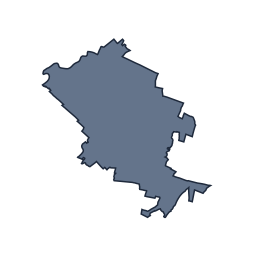 Probota, Iasi, Romania (orthographic projection), rotated 229°
{"feature_id": "2599482B12460610774115", "entity_name": "Probota", "entity_type": "district", "adm_level": 2, "iso_a3": "ROU", "parent_name": "Romania", "parent_adm1": "Iasi", "projection": "orthographic", "projection_center": [27.465, 47.391], "detail": "fine", "context": "isolated", "style": "filled", "palette": "slate", "viewbox_px": 256, "rotation_deg": 229, "n_neighbors": 0, "source": "geoboundaries", "source_scale": "gbopen_adm2", "svg_char_len": 5574}
<svg xmlns="http://www.w3.org/2000/svg" viewBox="0 0 256 256"><g transform="rotate(229 128 128)"><path d="M97.3,83.0L84.1,95.6L83.1,96.3L81.9,97.3L80.5,98.1L79.8,98.7L78.2,99.7L77.0,98.8L75.7,98.1L75.0,97.2L74.0,96.6L71.6,98.5L69.7,99.8L68.5,100.9L68.4,100.9L67.9,100.2L66.9,98.3L65.5,96.1L63.7,97.3L57.4,102.3L58.3,104.0L56.8,105.1L55.0,106.5L54.6,106.4L54.1,106.0L53.9,105.6L53.3,104.3L52.4,102.0L50.5,99.8L50.6,98.3L50.5,97.0L51.4,92.9L51.4,92.7L51.6,92.0L51.8,89.8L52.2,88.4L52.4,88.1L54.0,87.3L55.1,86.4L55.6,86.1L56.5,85.5L57.4,85.1L54.4,81.5L47.7,84.2L47.7,85.7L47.3,87.3L47.8,87.3L48.0,87.4L49.2,88.9L48.8,90.4L48.6,91.4L48.2,92.9L48.1,93.5L47.9,93.4L47.6,93.9L47.1,95.4L46.6,97.6L45.8,99.4L44.8,99.1L44.5,98.9L44.2,98.9L42.7,99.0L41.9,99.3L41.5,99.6L40.4,99.2L38.9,98.9L38.4,98.6L38.0,98.0L37.9,97.1L37.7,96.9L36.8,96.9L36.3,97.2L36.1,97.5L36.2,98.2L36.8,100.0L37.4,103.0L37.5,104.0L37.5,104.6L37.3,105.2L37.1,105.5L37.0,105.8L37.6,106.5L37.9,106.9L37.9,107.2L37.7,108.1L38.0,109.1L38.9,110.9L38.9,111.1L38.8,112.4L38.9,112.7L39.1,113.4L40.5,116.2L41.3,118.2L42.1,120.6L42.7,122.9L43.1,125.7L43.1,127.8L42.9,129.4L42.9,129.8L43.3,131.0L43.3,131.6L43.3,133.0L43.1,133.5L43.2,134.0L43.2,134.8L41.3,133.0L35.1,128.2L33.1,126.1L32.8,126.4L32.4,126.7L30.2,128.1L37.6,137.6L29.5,141.8L29.5,142.2L29.9,143.6L29.9,145.6L30.2,146.3L30.7,147.3L30.9,147.7L30.9,148.8L31.0,149.0L30.8,149.4L30.7,151.3L30.5,152.0L30.4,152.6L31.0,152.2L32.1,151.0L35.1,149.0L37.7,147.0L40.9,144.3L48.7,138.9L49.0,138.3L50.4,137.3L56.7,133.9L57.0,133.6L57.6,133.3L58.4,132.7L59.3,132.2L59.8,131.8L61.1,131.2L62.3,130.6L62.5,131.3L62.6,131.6L63.2,132.5L63.3,132.8L63.3,133.2L63.2,133.3L63.3,134.2L63.3,134.7L63.5,135.5L69.1,133.3L69.3,134.0L74.9,131.5L75.1,131.6L77.2,134.7L77.4,135.3L77.6,137.1L77.7,137.6L80.1,137.7L81.7,137.0L81.5,137.7L81.6,139.2L82.7,140.5L84.0,140.5L84.4,141.0L84.5,141.5L84.3,142.9L83.8,144.1L84.6,145.6L85.1,145.4L84.7,144.5L85.6,144.4L86.5,144.1L86.7,144.4L86.9,144.6L86.9,144.9L86.7,145.0L86.8,145.4L86.0,146.4L85.6,146.6L85.6,146.8L85.5,147.1L85.9,148.4L85.9,148.5L85.7,148.6L85.9,149.3L86.1,149.8L87.2,151.2L87.3,151.6L87.8,152.1L88.5,152.7L88.9,153.5L89.4,153.9L90.0,154.2L90.7,154.4L91.5,154.2L91.9,154.4L92.2,154.5L92.6,155.0L93.3,156.5L93.6,156.9L94.1,157.2L94.8,157.9L94.9,159.4L95.3,160.0L93.1,162.0L93.2,162.5L92.4,162.9L92.2,162.9L91.3,163.8L90.8,163.7L90.6,163.6L89.6,162.4L88.2,161.4L87.5,160.6L86.4,159.7L85.6,158.5L85.3,158.2L80.9,161.0L85.3,167.6L79.3,170.8L81.2,173.4L83.0,176.1L85.1,179.4L85.5,180.1L85.8,180.9L87.4,181.2L88.6,182.3L89.4,182.8L92.7,184.0L93.6,184.1L94.6,183.6L95.0,183.5L95.5,182.9L97.4,182.0L102.2,180.2L100.9,177.6L100.5,177.2L99.4,175.0L102.1,173.7L104.0,173.3L105.8,177.3L106.4,178.7L106.6,179.1L107.2,179.6L107.4,179.9L108.5,181.6L108.9,182.8L109.0,183.5L109.8,184.8L110.2,185.8L110.4,186.2L125.7,177.7L128.5,175.9L129.1,175.2L133.7,178.2L135.1,180.0L137.1,178.4L141.1,175.5L141.9,176.4L145.7,179.7L146.9,181.9L147.9,183.4L148.5,184.6L148.9,185.6L149.3,186.4L151.7,185.0L167.9,178.3L172.4,176.2L180.3,172.8L183.6,171.3L185.6,170.5L185.9,172.9L186.1,173.6L186.3,174.7L186.3,176.1L185.8,178.3L185.1,180.4L185.8,180.3L188.5,179.3L190.3,179.4L191.5,179.5L191.9,180.6L192.3,180.6L193.6,180.2L193.7,178.0L195.1,178.0L195.6,179.5L196.0,180.5L196.7,182.0L196.9,182.1L198.6,182.1L198.7,175.6L199.3,175.4L204.3,175.6L204.8,163.1L205.3,162.4L206.7,161.6L207.0,161.2L207.0,160.7L206.0,158.8L205.6,157.6L205.0,156.5L203.6,153.7L203.5,153.4L203.5,153.1L207.3,151.6L207.6,151.4L208.0,151.1L208.9,150.6L210.8,149.1L212.0,147.9L211.5,146.8L210.2,145.6L209.7,144.6L209.7,143.7L210.0,143.1L210.6,142.4L211.3,141.8L212.1,141.0L212.2,140.7L212.3,140.0L212.3,139.3L212.2,138.7L210.9,136.4L210.5,135.0L210.6,133.8L211.4,131.0L211.6,129.6L211.7,128.4L211.5,126.7L211.4,125.1L211.5,123.6L211.9,122.3L212.1,121.7L212.7,120.9L214.0,119.6L216.8,117.2L218.0,116.4L218.7,116.2L219.7,116.2L221.1,116.9L222.2,117.2L223.0,117.1L223.5,116.9L223.8,116.5L224.4,115.6L224.9,114.7L225.1,113.8L225.2,110.9L225.5,107.8L226.0,106.4L226.2,105.5L226.3,104.0L226.5,102.7L226.5,102.0L226.1,101.1L225.0,99.7L224.8,99.5L224.5,99.4L223.9,99.5L223.7,99.9L223.1,101.6L222.2,102.7L221.3,103.2L220.2,103.2L218.8,102.7L217.3,101.2L216.6,99.7L216.2,97.8L216.2,96.7L216.3,94.5L216.6,91.7L215.0,91.7L214.8,91.8L214.8,92.2L213.3,92.5L213.4,93.3L212.0,93.4L209.8,93.8L209.8,94.5L208.0,94.5L208.0,94.3L207.1,94.3L207.1,92.6L203.8,93.0L201.5,93.0L198.6,93.5L197.1,93.6L195.3,94.0L193.0,94.3L188.1,94.8L188.4,93.0L170.9,95.5L166.3,95.8L166.4,94.1L161.1,94.8L157.4,95.1L156.6,93.8L156.3,93.5L155.9,91.1L146.4,92.2L145.7,90.1L145.4,89.4L144.1,88.7L143.5,88.7L143.3,88.5L143.3,88.4L143.8,87.9L144.0,87.7L143.6,87.1L143.6,86.9L144.9,86.7L145.5,86.7L145.5,85.7L145.7,83.1L145.1,81.7L144.7,81.2L144.1,80.8L143.3,80.4L142.2,80.2L141.2,80.0L140.6,79.7L140.0,79.2L139.7,78.8L139.4,78.0L139.0,75.8L138.8,72.4L139.0,70.9L138.9,70.7L135.4,72.5L134.4,72.9L135.0,74.9L133.8,75.5L133.6,75.5L133.3,75.3L133.2,75.1L133.0,74.5L133.1,73.7L132.4,71.4L131.9,70.5L131.7,69.6L131.4,69.6L130.8,70.3L130.7,71.1L130.2,72.7L129.2,72.9L128.8,72.5L127.3,72.5L126.4,73.0L125.5,73.2L124.6,73.4L123.8,73.9L123.3,81.1L123.4,82.2L116.1,82.3L113.5,82.5L113.5,84.6L110.3,84.7L110.5,85.7L110.5,86.2L110.4,86.8L110.4,88.0L110.2,88.6L109.8,88.8L109.2,88.9L105.9,92.4L104.8,91.0L104.2,90.0L103.0,88.3L101.9,89.0L101.8,88.8L101.7,88.5L101.8,88.2L102.0,87.8L101.8,87.2L100.5,85.4L100.2,85.2L99.5,85.1L99.1,84.8L98.9,84.6L98.8,83.9L98.3,83.5L98.2,83.2L97.5,83.1L97.3,83.0Z" fill="#64748b" stroke="#1e293b" stroke-width="1.5"/></g></svg>